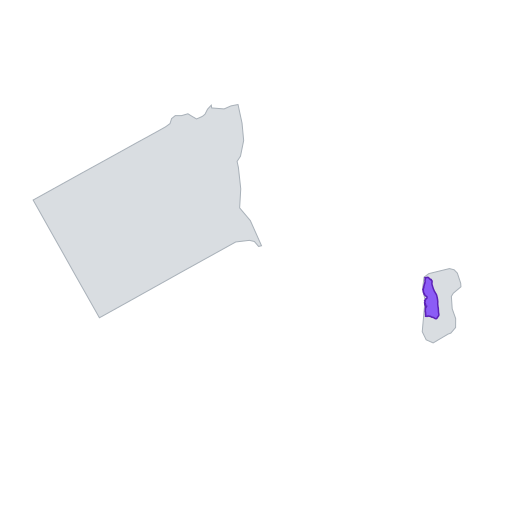 Riaba, Bioko Sur, Equatorial Guinea shown in context, rotated 151°
{"feature_id": "11065452B69866248222639", "entity_name": "Riaba", "entity_type": "district", "adm_level": 2, "iso_a3": "GNQ", "parent_name": "Equatorial Guinea", "parent_adm1": "Bioko Sur", "projection": "orthographic", "projection_center": [8.763, 3.41], "detail": "fine", "context": "in_parent", "style": "filled", "palette": "violet", "viewbox_px": 512, "rotation_deg": 151, "n_neighbors": 0, "source": "geoboundaries", "source_scale": "gbopen_adm2", "svg_char_len": 3980}
<svg xmlns="http://www.w3.org/2000/svg" viewBox="0 0 512 512"><g transform="rotate(151 256 256)"><path d="M422.9,277.9L423.1,304.7L423.3,327.3L423.4,351.8L423.6,377.4L423.7,399.0L423.8,413.0L400.2,413.0L368.7,413.0L337.3,412.9L305.8,412.9L290.0,412.8L272.6,412.8L267.0,413.5L263.2,417.1L258.6,417.9L253.2,414.9L246.6,413.4L244.9,410.3L241.6,404.7L235.2,404.1L231.9,404.7L227.2,407.9L222.0,409.6L223.0,407.0L212.6,400.1L205.1,399.4L198.3,397.2L203.8,379.0L210.8,363.0L221.2,350.8L226.7,347.9L228.5,341.9L236.8,322.1L247.0,306.0L243.8,289.7L246.2,262.3L249.1,263.1L249.6,265.7L250.4,269.5L254.2,272.9L266.9,278.1L304.8,278.1L327.3,278.1L360.7,278.0L396.1,277.9L422.9,277.9ZM123.0,94.1L125.9,94.6L143.2,94.1L147.8,100.2L147.3,109.2L129.5,135.5L126.2,146.6L119.3,156.0L113.4,156.8L92.9,151.2L89.4,147.9L88.2,143.4L90.2,132.9L91.7,129.7L101.5,127.8L104.7,126.0L110.0,114.7L111.7,104.5L116.1,96.7L123.0,94.1Z" fill="#d9dde1" stroke="#a8b0b8" stroke-width="1"/><path d="M125.2,115.2L124.8,115.6L124.5,116.0L124.3,116.5L124.1,117.0L123.9,117.7L123.7,118.2L123.4,118.8L123.2,119.3L122.8,120.0L122.5,120.7L122.1,121.5L121.8,122.1L121.6,122.8L121.4,123.5L121.1,124.1L120.8,124.9L120.5,125.6L120.2,126.2L119.7,127.0L119.4,127.5L119.1,128.0L118.9,128.6L118.5,129.4L118.3,130.0L118.0,130.8L117.8,131.4L117.6,132.0L117.4,132.8L117.2,133.5L117.0,134.3L116.9,135.3L117.0,136.1L117.0,137.1L117.0,137.8L117.1,138.7L117.0,139.3L116.9,140.2L116.8,141.2L116.6,142.2L116.5,143.0L116.3,143.8L116.1,144.6L116.0,145.3L115.8,145.9L115.5,146.7L115.0,147.4L114.5,148.0L114.1,149.0L114.2,149.3L114.3,149.5L114.5,149.8L114.2,150.2L114.2,150.5L114.5,150.7L114.6,151.0L114.9,151.2L115.0,151.5L115.3,151.8L115.2,152.0L115.4,152.8L115.7,153.4L115.8,153.8L116.1,154.0L116.3,154.2L116.6,154.2L116.8,154.2L117.1,154.5L117.5,154.4L117.8,154.6L118.7,155.2L118.8,155.1L118.8,154.8L118.7,154.6L119.0,154.0L119.0,153.9L119.4,153.6L119.4,153.4L119.7,153.2L119.9,152.9L120.2,152.4L120.3,152.0L120.4,151.8L120.6,151.4L120.9,151.2L121.1,150.9L121.3,150.8L121.3,150.5L122.0,150.2L122.1,149.8L122.3,149.6L122.7,149.5L123.1,148.8L123.3,148.8L123.5,148.5L123.7,148.4L124.0,147.9L124.3,147.8L124.5,147.3L124.5,147.2L124.8,147.0L124.8,146.8L125.2,146.6L125.4,146.5L125.5,146.4L125.6,146.2L125.9,145.8L126.1,145.8L126.1,145.5L126.4,145.4L126.4,144.8L126.4,144.6L126.5,144.4L126.8,144.2L126.9,143.6L127.1,143.3L127.0,143.1L127.2,142.8L127.3,142.4L127.2,141.9L127.3,141.9L127.1,141.8L127.0,141.7L127.1,141.4L127.3,141.3L127.2,141.1L127.3,140.9L127.1,140.8L127.1,140.7L127.3,140.2L127.2,139.1L127.0,138.9L126.8,138.8L126.8,138.5L126.7,138.3L126.6,138.0L126.5,137.9L126.3,137.7L126.3,137.4L126.4,137.1L126.5,136.8L126.9,136.4L127.1,136.2L127.3,136.2L127.7,136.1L128.4,136.2L128.6,136.0L128.8,135.8L128.9,135.6L129.6,135.4L129.7,135.2L129.9,135.2L129.9,134.9L130.0,134.9L129.9,134.6L130.0,134.5L130.0,134.4L130.3,134.0L130.5,134.0L130.6,133.8L130.9,133.8L131.0,133.6L131.3,133.3L131.3,133.2L131.4,132.8L131.4,132.6L131.5,132.4L131.2,132.5L131.0,132.3L131.1,132.2L131.4,131.9L131.5,131.8L131.6,131.5L131.7,131.3L131.4,131.1L131.7,130.8L131.6,130.6L131.6,130.3L131.8,130.2L131.8,129.9L131.7,129.8L131.5,129.6L131.8,129.6L131.9,129.2L132.0,129.3L132.3,129.4L132.5,129.2L132.6,128.9L132.6,128.7L132.9,128.4L132.9,128.2L133.4,127.9L133.6,127.6L133.7,127.1L133.9,126.9L134.0,126.9L134.4,126.2L134.6,125.8L134.7,125.4L135.0,125.3L135.1,125.1L135.2,123.9L135.3,123.8L135.6,123.6L135.6,123.4L135.8,123.1L135.8,122.8L136.1,122.6L136.1,122.4L136.3,122.2L136.3,121.9L136.5,121.7L136.5,121.4L136.6,121.2L136.8,121.0L136.0,120.5L135.6,120.2L135.3,120.2L135.0,120.2L134.6,120.1L134.3,119.9L134.0,119.5L133.5,119.2L133.0,118.8L132.5,118.5L132.4,118.1L132.3,117.7L132.1,117.4L131.8,117.3L131.2,116.7L130.9,116.4L130.5,116.1L130.3,115.5L130.1,115.2L129.9,114.8L129.6,114.4L129.3,114.1L129.0,113.9L128.5,113.7L128.0,113.8L127.6,114.0L127.1,114.4L126.8,114.5L126.2,114.7L125.8,115.0L125.2,115.2Z" fill="#8b5cf6" stroke="#5b21b6" stroke-width="1.5"/></g></svg>